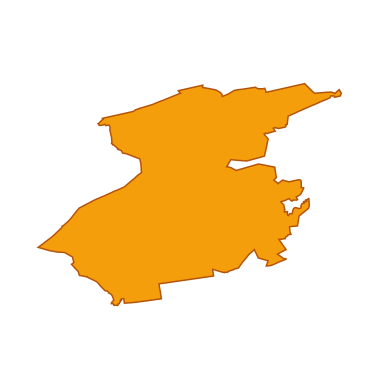 outline of Viesatu pag., Jaunpils, Latvia, rotated 354°
{"feature_id": "27541924B50646046706216", "entity_name": "Viesatu pag.", "entity_type": "district", "adm_level": 2, "iso_a3": "LVA", "parent_name": "Latvia", "parent_adm1": "Jaunpils", "projection": "equal_earth", "projection_center": [22.874, 56.816], "detail": "fine", "context": "isolated", "style": "filled", "palette": "amber", "viewbox_px": 384, "rotation_deg": 354, "n_neighbors": 0, "source": "geoboundaries", "source_scale": "gbopen_adm2", "svg_char_len": 5761}
<svg xmlns="http://www.w3.org/2000/svg" viewBox="0 0 384 384"><g transform="rotate(354 192 192)"><path d="M110.6,109.4L111.2,110.4L110.0,111.0L106.8,113.7L105.7,114.2L106.8,115.8L106.7,116.0L107.3,116.2L107.6,116.2L109.4,116.2L112.5,115.7L112.5,115.8L113.3,117.0L115.7,116.7L116.7,117.0L117.3,119.4L116.8,121.2L116.9,122.3L117.2,125.4L117.2,125.7L117.7,128.9L117.5,135.0L117.1,135.2L118.2,136.9L118.8,136.7L123.2,141.6L122.8,141.9L125.8,143.2L127.1,145.9L127.3,146.3L129.8,146.7L132.4,147.9L139.5,151.6L143.4,153.5L144.1,157.7L144.0,162.7L143.8,165.3L143.8,166.5L143.9,167.3L140.5,169.3L140.4,169.4L137.9,171.0L137.6,171.5L130.8,176.0L125.5,179.7L121.3,181.2L117.5,182.4L114.6,183.1L112.3,184.0L105.5,186.3L100.3,187.9L97.4,188.8L97.1,188.8L93.9,189.9L78.1,196.2L75.2,198.9L69.3,205.1L65.2,208.7L60.6,211.9L59.2,212.4L58.8,213.8L50.9,219.9L47.7,222.2L40.3,226.7L33.2,231.0L44.4,235.5L52.1,237.7L56.0,238.3L59.0,238.9L61.5,240.7L66.2,244.0L66.5,244.9L66.6,246.9L67.2,249.7L64.6,251.3L66.1,253.3L67.1,254.8L69.2,257.5L69.9,258.4L70.5,259.1L71.3,263.2L75.9,264.5L76.5,264.8L77.9,265.1L78.6,265.3L78.5,265.5L80.7,266.8L82.7,268.1L85.1,269.5L86.6,270.5L87.3,270.9L87.6,271.1L87.9,271.4L88.7,272.4L89.1,272.8L90.9,275.6L95.3,281.2L96.7,281.2L98.8,283.1L98.5,283.7L100.9,285.2L102.1,287.6L102.4,289.1L102.9,291.4L101.3,292.7L100.2,294.0L100.1,294.6L100.6,294.6L100.9,294.8L101.3,294.7L101.5,294.7L101.9,294.7L102.0,294.8L102.1,295.0L102.1,295.3L102.3,295.7L102.3,296.0L102.3,296.3L102.6,296.5L102.8,296.7L103.2,296.7L103.6,296.6L104.1,296.6L104.4,296.6L104.5,296.6L104.9,296.6L105.6,297.1L105.8,297.1L106.5,296.8L106.6,296.7L106.6,296.4L106.7,296.1L106.6,295.8L106.7,295.7L106.9,295.7L107.2,295.6L107.5,295.6L107.9,295.5L108.0,295.4L107.9,295.3L108.0,294.9L108.3,294.6L108.5,294.2L109.0,293.9L109.2,293.7L109.3,293.6L109.3,293.4L109.4,293.2L109.2,292.7L109.3,292.5L109.4,292.4L109.8,292.4L110.3,292.4L110.5,292.3L110.5,292.1L110.4,292.0L110.2,291.9L109.9,291.7L110.1,291.4L110.3,291.3L110.4,291.2L110.7,290.9L113.0,290.9L113.1,295.5L118.3,295.7L123.2,295.8L134.6,295.5L150.4,295.0L150.2,291.8L150.1,287.5L150.0,287.4L149.5,279.9L176.4,278.9L191.5,278.3L204.7,277.8L204.4,271.2L204.5,271.0L208.5,272.7L209.1,273.0L212.8,274.5L214.1,275.0L215.8,275.6L216.1,275.3L219.1,275.4L220.7,274.5L224.4,273.8L226.4,273.0L230.2,272.5L233.6,268.5L235.8,266.3L239.2,263.0L241.4,260.7L241.8,260.3L247.8,256.0L248.0,255.8L248.7,258.0L249.4,259.8L251.0,264.5L260.5,268.4L258.1,273.3L259.5,273.4L262.1,273.4L262.8,273.4L263.5,273.2L267.2,272.1L268.1,271.8L270.4,270.9L271.2,270.7L272.3,270.4L273.5,270.1L275.3,269.6L277.9,268.9L278.4,268.7L278.6,268.5L276.1,267.7L270.5,262.7L279.5,259.1L276.7,254.1L275.6,252.0L274.7,250.4L273.5,248.2L275.7,248.3L276.8,248.3L279.8,248.1L279.8,247.6L281.0,246.3L282.7,245.5L282.9,244.7L286.0,244.4L285.3,242.0L285.3,238.6L285.4,236.7L287.4,236.7L293.3,236.8L296.0,227.0L306.0,220.6L307.2,218.0L307.6,210.9L307.0,210.7L306.7,211.0L306.1,211.5L305.7,211.7L305.3,211.8L304.7,211.7L304.0,211.9L303.9,212.1L304.2,212.3L305.0,212.9L305.0,213.4L304.6,213.5L303.8,213.5L302.6,213.2L302.1,213.2L301.9,213.7L302.4,214.4L302.5,214.7L302.0,215.0L301.3,214.7L300.5,214.9L299.4,216.0L298.8,217.6L298.8,218.9L298.3,219.4L297.5,219.6L297.1,219.6L296.3,219.5L294.7,218.8L293.8,218.5L293.0,218.4L292.2,218.5L291.9,218.7L291.3,219.1L290.5,220.6L290.1,221.7L290.1,222.2L289.7,222.7L289.5,223.8L289.0,224.1L288.1,223.9L287.3,223.7L287.0,223.7L286.4,224.1L286.0,224.6L285.6,225.5L285.3,225.6L285.0,225.5L284.5,224.6L284.6,222.5L284.9,221.7L284.5,221.4L283.0,221.4L282.1,221.8L282.0,221.7L281.8,221.3L281.8,221.0L281.8,220.7L282.0,220.1L282.1,219.8L282.3,219.4L282.4,219.2L282.5,219.0L282.5,218.9L282.4,218.5L282.4,218.4L282.2,217.5L281.9,214.4L281.8,214.1L281.2,213.5L280.2,212.4L279.8,211.9L279.4,210.9L283.2,210.3L287.9,208.7L289.3,210.7L290.6,211.5L291.8,210.8L291.8,210.6L295.4,211.0L295.5,211.0L296.2,210.6L295.1,207.8L297.6,206.8L299.6,205.9L300.1,205.2L300.8,204.1L301.3,203.4L303.1,200.6L303.5,199.6L301.1,199.0L301.4,196.6L301.6,194.9L301.6,193.7L301.7,193.0L301.6,192.7L301.5,192.1L301.4,191.6L301.2,191.5L299.6,191.0L299.4,191.0L298.3,191.1L298.0,191.2L297.9,191.1L297.0,191.2L291.4,191.8L289.3,192.0L283.4,189.6L278.2,192.7L277.5,191.3L276.2,190.1L275.8,189.9L274.6,188.8L277.5,186.3L277.3,183.8L277.2,183.7L277.1,179.4L276.7,177.6L276.9,177.5L277.0,176.0L264.5,172.1L261.0,171.1L246.6,173.7L238.6,175.1L238.4,175.3L235.8,173.6L233.5,172.0L233.1,171.8L231.0,171.0L230.6,170.8L229.1,170.6L234.0,163.9L241.4,165.4L249.9,166.9L267.8,163.9L270.8,155.0L272.4,149.8L273.3,147.3L271.2,144.2L270.1,142.3L269.9,141.5L271.4,141.3L271.6,141.4L273.2,141.7L273.5,141.5L275.6,141.1L281.1,140.2L279.5,137.1L280.7,136.6L285.1,137.9L291.7,137.1L292.5,136.1L292.3,134.9L293.7,134.7L295.6,126.6L298.2,125.8L302.3,124.4L302.6,124.3L305.2,123.4L312.3,121.1L320.1,118.6L322.4,118.0L322.5,118.0L325.8,116.9L329.7,115.6L332.7,114.7L335.2,114.0L338.6,112.9L339.1,112.7L340.1,110.9L343.4,111.4L343.3,112.2L343.8,112.7L349.5,112.0L350.8,109.3L349.1,105.6L347.1,106.9L346.2,107.6L344.7,108.9L343.3,108.2L340.5,107.1L339.3,107.1L337.1,106.9L329.8,106.8L324.1,106.6L321.2,103.2L315.3,96.0L276.2,100.6L276.3,100.4L275.6,98.0L275.2,96.5L273.0,96.7L269.1,96.3L267.9,95.9L265.9,94.4L260.4,94.7L254.0,95.0L248.5,95.1L244.5,95.4L242.6,96.4L238.1,98.4L232.1,100.2L232.0,98.7L231.8,97.5L231.0,96.6L230.7,96.2L230.3,95.8L229.3,95.1L228.0,94.1L227.0,93.4L226.7,93.2L225.3,92.7L225.1,92.6L224.7,92.5L219.8,90.9L213.4,89.2L213.9,86.9L204.5,88.0L199.5,88.6L194.4,89.2L188.9,89.8L189.0,90.0L189.7,91.0L191.0,92.5L171.6,98.1L170.4,98.3L162.4,100.7L159.0,101.4L151.7,102.8L148.4,103.4L148.5,103.5L144.3,104.4L142.4,105.7L113.0,109.1L110.6,109.4Z" fill="#f59e0b" stroke="#b45309" stroke-width="1.5"/></g></svg>